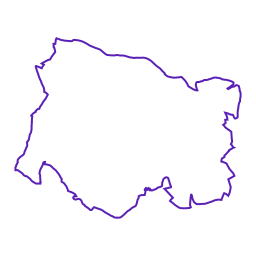 Cozma, Bistrita-Nasaud, Romania
{"feature_id": "2599482B53910069394437", "entity_name": "Cozma", "entity_type": "district", "adm_level": 2, "iso_a3": "ROU", "parent_name": "Romania", "parent_adm1": "Bistrita-Nasaud", "projection": "orthographic", "projection_center": [24.5, 46.802], "detail": "fine", "context": "isolated", "style": "outline", "palette": "violet", "viewbox_px": 256, "rotation_deg": 0, "n_neighbors": 0, "source": "geoboundaries", "source_scale": "gbopen_adm2", "svg_char_len": 5743}
<svg xmlns="http://www.w3.org/2000/svg" viewBox="0 0 256 256"><path d="M233.8,147.6L233.4,147.4L232.8,146.7L231.5,144.8L230.9,144.2L231.8,142.5L232.0,142.0L232.1,141.3L231.7,137.7L231.3,131.9L230.2,130.9L225.8,127.8L225.2,127.2L224.5,126.2L223.2,124.8L225.6,123.1L225.2,119.8L226.7,119.6L227.4,119.7L227.2,117.6L226.9,116.4L225.2,112.7L228.0,113.4L229.3,114.2L230.4,114.4L231.0,114.7L232.9,114.8L233.1,115.0L233.7,116.6L234.2,117.7L234.7,118.2L235.2,118.6L235.9,118.4L237.5,117.5L237.7,115.9L237.6,112.5L237.8,110.5L238.2,108.7L238.5,105.9L238.9,103.7L239.3,102.6L240.1,101.1L240.1,99.0L240.2,98.2L240.5,97.2L240.6,95.7L240.6,93.4L240.4,92.6L240.3,91.8L239.9,91.4L239.5,88.7L238.8,86.0L237.4,85.4L236.3,85.1L234.2,86.5L233.7,86.3L233.1,86.8L232.8,86.8L232.5,86.6L231.9,86.9L228.3,89.1L227.8,88.9L227.5,88.5L230.1,86.9L233.4,84.1L233.6,83.3L233.6,82.9L233.4,82.4L233.0,82.1L231.6,81.4L229.6,80.7L226.2,79.8L224.3,79.7L223.6,79.5L222.5,79.4L221.4,78.9L220.7,78.4L220.3,78.3L216.4,77.6L215.3,77.5L213.4,77.8L210.7,78.8L208.3,79.5L207.8,79.8L206.0,80.0L204.4,80.0L203.4,80.4L202.5,81.2L201.0,81.3L199.4,82.0L196.9,82.0L196.3,82.8L195.8,84.6L195.8,85.0L196.2,86.8L196.6,88.1L196.8,89.2L197.1,89.9L197.4,90.4L197.1,90.5L195.3,90.1L193.3,89.3L188.7,86.5L188.4,86.3L188.2,86.0L187.3,84.0L185.2,80.7L181.9,77.3L181.2,76.9L179.3,77.3L174.3,77.7L173.0,77.6L170.3,77.1L167.9,76.5L167.0,76.0L165.6,75.0L164.6,74.0L164.7,73.4L164.6,73.1L162.2,70.9L161.0,69.5L159.9,68.3L156.6,66.0L151.1,60.9L148.3,59.1L145.8,58.1L143.9,57.7L142.7,57.7L138.9,57.8L136.7,57.7L135.2,57.8L133.9,58.0L132.0,57.6L129.4,57.3L128.9,57.0L127.2,56.6L126.0,56.1L123.9,55.6L119.5,55.4L117.1,55.0L116.4,55.1L114.6,55.4L113.0,55.4L110.5,55.3L106.9,54.9L105.0,53.7L100.3,49.7L98.1,48.8L95.7,48.0L90.0,45.7L86.5,43.5L82.9,41.7L81.2,41.1L78.6,40.4L75.7,40.0L74.1,39.9L73.5,40.0L73.0,40.3L72.1,41.1L71.5,41.2L65.1,40.7L61.4,40.0L58.1,38.9L56.5,38.3L55.9,39.5L55.3,43.9L53.5,43.9L53.7,47.3L54.2,47.4L55.1,50.9L55.2,52.0L52.5,55.6L51.2,57.5L50.1,59.5L48.0,60.0L42.6,62.9L41.7,63.5L43.9,64.7L42.3,66.9L41.7,68.3L39.4,67.2L36.2,66.0L35.7,66.3L36.5,69.3L37.7,72.9L38.3,74.1L38.4,75.4L38.9,76.3L39.5,78.1L41.3,82.0L41.7,83.5L43.6,87.3L44.2,89.7L44.2,91.2L44.3,92.0L45.1,92.3L45.8,92.6L46.9,93.6L47.8,94.6L47.1,96.0L45.3,99.2L43.7,101.1L41.8,104.3L40.2,106.6L39.2,108.9L38.2,108.8L37.7,109.2L36.6,110.0L36.1,110.5L35.7,111.0L35.8,111.2L35.5,111.6L35.6,111.9L33.7,113.0L31.7,115.0L31.9,115.1L31.4,115.9L32.3,116.6L32.0,118.3L31.9,121.3L31.7,122.1L31.7,122.3L31.9,122.6L31.9,122.8L31.6,125.3L31.6,128.2L31.5,130.2L31.2,130.9L31.1,132.1L31.0,132.4L29.7,134.9L29.0,138.9L28.7,139.8L28.0,141.1L27.0,142.1L27.2,144.2L27.2,145.5L27.1,146.0L26.6,147.0L26.2,148.1L24.5,151.9L24.3,153.0L23.8,154.2L23.4,154.7L20.9,156.5L18.9,158.3L17.9,159.6L17.7,160.2L17.6,161.0L17.6,161.7L17.8,162.4L17.2,163.3L17.0,164.0L16.3,164.9L16.2,165.4L16.1,166.2L15.6,167.1L15.4,167.7L15.4,168.2L15.5,168.8L15.4,170.2L15.6,170.3L16.5,170.1L17.4,170.1L18.1,170.4L22.4,173.4L23.9,175.3L25.0,175.9L25.7,176.1L26.8,176.3L30.0,178.8L30.6,179.5L31.2,180.3L32.5,181.5L33.1,181.9L35.3,183.2L36.2,183.6L37.2,183.6L40.4,183.6L40.3,182.0L40.6,182.0L40.4,180.5L40.2,178.2L40.1,174.9L39.9,174.4L39.6,174.1L39.4,173.6L39.7,172.4L39.8,171.1L40.7,168.8L42.0,166.5L42.7,164.9L43.1,163.4L43.5,162.3L45.0,162.0L44.7,164.2L47.3,164.6L50.1,165.4L50.6,165.7L53.6,168.6L55.7,170.2L58.6,173.9L59.7,175.5L60.2,176.7L61.8,179.2L61.5,180.0L61.6,181.7L62.9,182.4L64.2,183.4L66.5,186.6L68.0,190.3L68.0,190.9L70.0,191.7L71.0,192.0L72.7,192.8L73.5,193.2L75.0,194.2L75.8,195.4L76.3,196.3L75.6,196.4L74.3,196.2L74.0,196.3L73.5,197.0L73.3,197.3L73.2,197.8L73.4,198.3L74.1,199.1L75.2,199.5L76.0,199.5L78.6,198.8L79.8,199.2L80.8,199.9L81.4,200.8L82.6,203.7L83.1,204.2L84.2,204.7L84.5,204.9L84.9,205.9L85.4,206.3L86.3,206.8L88.0,208.0L89.2,208.9L90.1,209.9L91.2,210.0L91.9,209.8L92.9,208.4L94.1,207.2L97.4,208.4L101.0,209.6L102.6,210.5L105.5,212.6L108.7,214.3L110.5,215.5L111.9,216.0L114.2,217.3L115.3,217.6L117.0,217.7L119.7,217.6L120.5,217.4L121.5,216.7L123.5,215.1L126.9,211.8L128.0,210.9L130.0,209.7L130.9,208.7L132.5,207.6L134.7,206.5L135.5,205.9L136.0,205.3L136.4,204.5L136.8,203.0L137.6,199.7L138.4,198.5L138.7,197.7L138.7,196.2L139.8,195.6L140.8,195.3L141.6,195.1L144.7,195.0L145.5,191.6L145.4,190.9L144.8,190.2L144.7,189.8L144.9,189.3L145.9,188.0L146.7,188.4L147.4,188.3L147.6,188.7L147.3,189.2L146.8,189.6L146.9,189.9L147.3,189.9L148.4,189.0L148.8,188.4L149.1,189.0L149.2,189.7L149.4,190.0L150.2,189.1L151.2,190.5L151.8,190.3L152.4,190.4L153.3,190.1L154.5,189.4L155.3,189.3L156.1,189.0L157.9,187.5L159.8,187.1L161.2,186.5L162.1,185.8L162.1,184.5L162.2,183.7L162.2,182.5L162.9,181.0L163.2,179.6L163.6,179.0L164.1,178.4L165.7,177.4L166.5,177.3L167.5,177.6L168.1,178.0L168.3,178.2L168.4,178.6L168.4,179.1L168.8,180.1L169.3,181.4L169.4,182.1L170.3,185.0L171.0,186.4L170.9,187.3L164.5,188.8L172.9,197.7L171.1,199.4L170.1,200.7L170.0,201.0L172.9,203.1L174.8,204.8L178.8,207.5L180.5,208.1L183.1,208.3L186.9,208.2L189.9,207.9L190.2,207.5L190.8,207.2L190.7,206.9L190.0,205.1L190.6,197.9L191.0,194.8L191.2,194.6L191.5,194.7L191.7,195.2L192.1,196.5L192.4,198.5L193.9,201.8L194.2,202.3L196.7,204.1L199.6,204.1L205.4,203.7L211.9,201.5L215.0,200.2L218.4,199.6L221.5,199.9L221.7,198.9L222.5,197.0L223.7,194.1L224.2,193.2L226.2,194.0L228.3,195.8L229.0,194.3L229.6,192.8L230.6,188.1L230.7,186.9L228.3,179.3L234.4,175.9L233.8,174.5L233.4,173.7L233.3,173.3L233.0,172.9L231.3,171.2L230.3,169.8L229.5,169.0L229.1,168.5L228.8,167.6L227.7,165.8L226.9,164.1L226.0,163.2L223.1,162.0L221.3,161.5L221.8,158.6L224.4,157.1L224.3,155.9L224.8,155.4L228.5,151.3L229.2,150.7L229.0,150.3L229.9,149.5L231.0,149.2L232.9,147.9L233.8,147.6Z" fill="none" stroke="#5b21b6" stroke-width="2"/></svg>